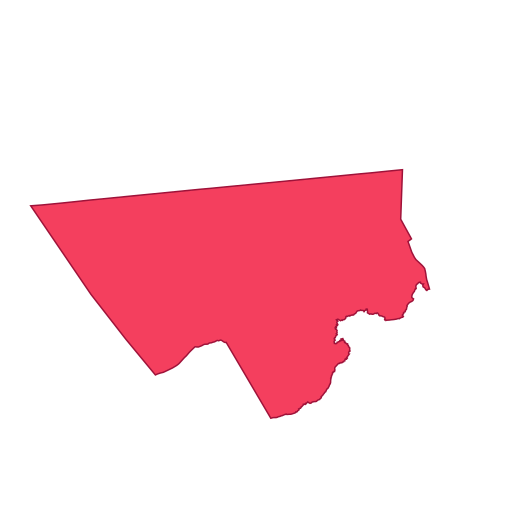 the district of Vaisigano East, Gaga'ifomauga, Samoa, rotated 150°
{"feature_id": "51752279B23557786171080", "entity_name": "Vaisigano East", "entity_type": "district", "adm_level": 2, "iso_a3": "WSM", "parent_name": "Samoa", "parent_adm1": "Gaga'ifomauga", "projection": "albers", "projection_center": [-172.632, -13.561], "detail": "fine", "context": "isolated", "style": "filled", "palette": "rose", "viewbox_px": 512, "rotation_deg": 150, "n_neighbors": 0, "source": "geoboundaries", "source_scale": "gbopen_adm2", "svg_char_len": 4799}
<svg xmlns="http://www.w3.org/2000/svg" viewBox="0 0 512 512"><g transform="rotate(150 256 256)"><path d="M324.3,108.1L322.4,107.6L321.2,107.1L319.3,106.0L318.3,105.7L316.9,105.6L315.5,105.1L314.1,105.0L313.5,104.7L310.0,104.3L309.5,104.0L308.9,104.1L308.5,103.3L306.7,102.5L305.3,101.7L304.1,101.3L300.7,100.6L299.8,100.6L299.3,101.1L298.9,100.7L298.1,100.6L297.3,101.1L295.6,101.3L295.5,102.2L294.4,102.2L293.7,101.9L292.9,102.2L292.2,102.8L291.9,102.6L289.4,103.4L289.1,103.9L288.5,103.4L288.0,103.5L287.5,102.9L286.7,103.5L286.4,103.0L285.2,103.5L284.1,103.7L284.0,103.0L283.5,102.4L282.9,101.4L281.6,101.1L280.2,101.5L279.6,101.1L279.0,101.1L277.3,100.2L276.3,99.9L275.2,100.2L274.0,100.3L272.6,99.9L271.9,100.4L270.9,100.4L270.1,100.9L269.9,101.6L268.7,101.8L267.5,102.2L266.8,102.6L265.6,103.0L264.5,103.6L263.5,103.6L262.0,104.8L260.6,105.5L260.0,105.4L258.1,106.5L256.2,108.1L255.7,108.1L254.7,109.1L253.3,111.3L252.9,111.7L252.7,112.4L252.0,112.7L251.9,113.3L251.1,113.6L250.5,114.6L250.0,114.7L249.1,115.6L248.6,115.7L248.2,116.6L247.4,116.6L247.1,117.1L246.7,117.1L245.9,116.7L245.7,117.2L245.1,117.2L244.9,117.9L244.4,118.3L244.2,119.1L243.5,120.0L242.8,120.3L238.3,121.7L237.4,121.2L236.9,121.5L236.0,121.0L235.6,121.2L235.0,120.6L233.9,120.8L233.2,120.6L233.1,120.9L232.1,121.0L231.6,120.8L231.4,121.2L230.6,121.6L230.5,122.1L230.0,122.1L229.9,121.6L229.3,121.4L228.0,121.9L228.4,122.6L224.4,124.4L224.7,124.6L224.2,125.9L223.2,126.7L222.4,126.5L222.0,126.9L222.1,127.5L221.1,128.9L220.7,130.0L221.2,131.1L220.7,132.5L221.1,133.0L221.1,133.7L220.7,134.2L221.4,134.6L221.7,135.4L221.7,135.9L222.5,136.7L222.5,137.0L221.7,137.7L222.2,138.4L222.3,139.0L222.3,139.7L222.1,141.1L224.0,141.6L224.1,141.3L222.8,141.1L223.0,139.8L223.8,139.9L224.2,140.3L225.0,140.2L225.7,140.8L226.3,140.2L227.2,140.5L228.0,140.4L228.9,140.7L229.2,140.2L230.0,140.0L230.7,140.1L231.8,141.1L231.3,141.9L231.4,142.5L230.9,143.2L229.7,143.4L229.5,144.0L229.8,144.5L229.5,145.4L228.8,145.9L228.3,145.6L226.3,147.2L225.5,147.1L225.0,147.3L225.3,148.5L224.8,148.5L224.1,149.0L224.0,150.0L223.1,150.7L223.2,151.3L223.0,152.1L223.7,152.8L223.4,154.1L222.2,153.7L222.1,154.0L222.8,154.5L222.2,155.1L221.2,154.9L221.0,155.2L220.3,155.2L220.6,156.2L219.9,156.3L219.4,156.1L219.4,157.8L219.0,158.4L217.8,158.5L217.7,159.4L218.3,160.0L218.3,160.6L217.7,160.5L216.8,160.4L216.4,160.0L215.2,157.7L213.7,157.6L213.4,157.1L212.7,157.3L211.4,156.8L210.5,156.9L209.4,157.3L208.6,158.4L207.9,158.6L207.6,158.1L206.5,157.9L206.0,158.0L205.0,157.8L204.8,157.1L204.2,157.2L203.1,157.1L201.7,156.6L201.6,156.3L200.6,156.2L200.0,156.6L198.4,156.5L196.3,157.6L195.4,157.7L193.2,156.8L192.5,157.0L191.7,156.0L190.8,155.5L190.1,154.9L190.3,153.8L190.0,153.7L189.7,154.6L189.2,154.4L187.5,154.1L187.3,154.9L186.7,154.8L186.2,154.3L186.9,152.9L187.0,152.4L187.9,151.1L186.6,148.7L185.4,148.5L184.9,147.8L184.1,147.2L183.2,146.9L181.9,147.0L181.0,146.5L180.6,146.0L179.9,146.2L179.2,145.8L179.0,144.3L179.1,143.1L178.6,142.1L177.9,142.0L176.8,140.8L176.5,140.2L175.2,138.8L175.2,138.1L175.6,137.3L176.3,136.9L176.4,136.2L175.7,135.8L175.7,135.2L175.2,135.2L172.4,133.8L171.1,133.3L168.5,132.1L166.1,131.2L164.1,130.7L163.2,130.0L162.3,130.2L161.4,130.0L161.1,130.2L160.1,130.0L159.6,129.6L158.5,130.1L158.9,131.4L158.4,132.0L157.9,132.0L156.8,132.4L156.6,133.1L155.8,133.3L154.9,133.1L154.2,133.6L153.8,134.3L152.5,134.5L150.8,136.5L150.1,137.0L150.0,137.7L147.3,138.8L145.5,139.0L143.9,138.8L142.3,139.0L141.0,140.1L141.6,141.3L141.8,142.2L141.2,143.2L140.1,144.4L139.2,145.0L137.6,145.8L136.6,146.1L135.3,147.3L134.6,147.5L134.4,147.9L133.6,147.7L133.1,149.0L132.8,149.8L132.0,150.6L131.0,151.1L129.7,151.2L128.6,151.7L127.0,151.4L126.7,151.1L127.1,150.4L126.2,148.8L125.8,148.3L125.1,148.0L125.8,147.6L126.4,146.8L126.7,145.7L125.8,144.1L125.8,141.8L125.3,140.8L124.7,141.1L124.4,140.9L123.7,141.2L122.3,140.6L121.0,145.8L120.5,147.9L120.0,150.2L118.8,153.5L118.0,155.3L117.1,157.8L116.2,160.8L116.4,162.8L116.8,164.7L119.3,172.9L119.5,175.6L119.2,181.4L117.1,192.6L112.8,193.1L112.3,215.5L86.0,257.5L99.2,263.5L114.4,270.3L125.2,275.3L148.6,285.9L209.5,313.6L243.7,329.2L261.5,337.3L271.6,342.0L321.0,364.4L371.7,387.4L387.5,394.4L397.8,399.0L415.6,407.1L426.0,412.1L418.1,305.2L410.3,248.9L402.6,203.3L400.4,203.1L397.5,202.5L394.4,201.6L393.4,201.5L390.9,201.3L384.3,200.8L379.4,200.9L377.2,201.2L375.9,201.5L371.6,202.9L368.8,203.8L366.2,204.4L362.0,205.9L359.5,206.6L354.6,207.8L354.0,207.8L352.7,206.8L351.4,206.0L348.3,205.5L346.6,205.4L345.9,205.5L344.5,205.2L342.0,203.9L341.5,203.8L340.0,204.0L337.9,203.1L336.5,202.9L334.9,202.4L333.3,202.3L332.4,202.4L331.7,202.2L330.8,201.3L328.7,200.9L327.9,200.0L326.9,197.8L326.3,196.9L325.6,196.3L325.0,196.1L324.3,108.1Z" fill="#f43f5e" stroke="#9f1239" stroke-width="1.5"/></g></svg>